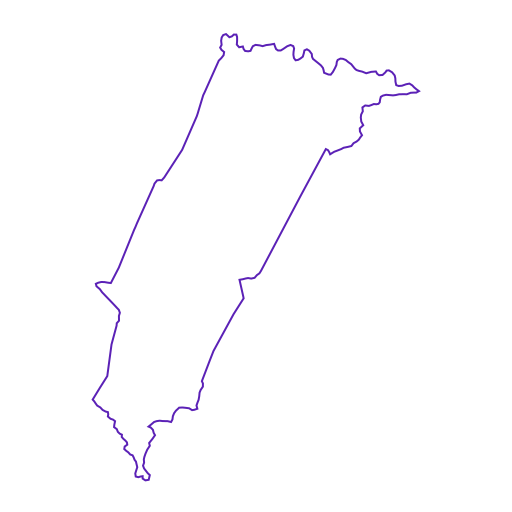 Mirante, Bahia, Brazil (Robinson projection), rotated 89°
{"feature_id": "56859067B82108406212507", "entity_name": "Mirante", "entity_type": "district", "adm_level": 2, "iso_a3": "BRA", "parent_name": "Brazil", "parent_adm1": "Bahia", "projection": "robinson", "projection_center": [-40.763, -14.123], "detail": "fine", "context": "isolated", "style": "outline", "palette": "violet", "viewbox_px": 512, "rotation_deg": 89, "n_neighbors": 0, "source": "geoboundaries", "source_scale": "gbopen_adm2", "svg_char_len": 3556}
<svg xmlns="http://www.w3.org/2000/svg" viewBox="0 0 512 512"><g transform="rotate(89 256 256)"><path d="M477.9,367.2L473.2,366.0L471.3,368.0L469.3,369.5L466.5,371.6L463.7,372.6L460.7,371.5L457.3,371.7L454.9,371.1L451.6,369.9L447.7,368.1L443.9,365.5L441.1,366.1L439.3,364.6L437.0,362.7L433.4,360.1L431.0,361.4L428.0,362.1L425.7,364.2L424.7,366.4L422.5,363.6L420.2,360.8L419.4,358.3L419.0,355.2L419.4,352.3L419.6,347.2L420.5,343.8L418.0,342.4L414.7,341.9L411.7,340.6L409.2,338.7L407.8,337.1L406.3,335.5L406.2,332.1L406.6,328.8L407.1,325.5L409.0,322.6L408.7,320.4L407.7,317.3L404.4,318.1L401.4,317.0L398.8,315.9L395.2,315.2L391.6,314.8L389.0,313.7L385.7,311.4L382.5,311.3L380.2,312.3L359.8,304.1L356.9,302.9L350.3,300.2L313.7,279.4L298.1,269.1L296.0,269.5L279.5,272.9L279.0,269.6L278.3,266.7L277.9,264.3L278.5,261.2L277.8,257.8L275.1,255.4L273.4,252.9L271.0,251.3L197.1,210.6L150.3,184.3L151.5,182.1L153.4,181.0L155.6,180.1L154.2,177.8L153.1,175.9L152.3,173.6L151.4,171.2L150.6,169.0L149.3,166.5L148.5,162.2L147.7,158.7L144.9,156.5L143.3,153.4L141.5,151.2L139.4,149.8L137.1,147.9L133.3,149.9L130.2,150.0L127.1,146.5L123.4,148.4L119.4,148.8L116.4,148.4L113.2,146.7L109.3,147.0L107.4,144.2L107.9,140.5L107.2,138.3L106.1,135.5L106.4,133.1L106.0,130.9L104.5,129.6L101.8,129.2L99.0,128.4L97.8,126.2L97.1,123.1L97.4,120.1L97.8,116.2L97.5,113.4L96.8,110.1L96.8,106.6L96.9,102.3L95.5,98.5L95.4,95.7L95.4,92.9L94.0,90.2L92.2,92.6L90.2,94.9L88.1,96.8L86.3,99.6L86.9,102.9L88.3,107.1L88.5,110.4L87.6,112.8L84.2,113.5L80.7,113.6L77.9,114.2L74.7,116.7L72.7,119.9L72.9,122.2L74.6,123.4L77.2,126.3L77.4,129.7L76.0,131.6L73.6,132.9L73.9,137.6L75.2,142.6L73.5,146.6L72.7,149.8L71.8,152.3L70.3,154.0L68.5,155.4L65.9,157.4L63.7,160.4L61.6,162.8L60.4,165.6L60.1,168.1L61.4,170.9L63.3,171.8L66.5,172.3L69.2,173.6L71.0,174.6L73.3,175.9L76.0,178.1L75.8,180.4L74.0,184.7L71.3,185.2L69.1,185.8L66.6,187.7L64.5,190.1L61.6,193.6L59.9,195.6L57.8,196.5L55.0,196.7L51.7,199.1L50.2,201.5L51.3,204.0L54.3,204.7L57.5,205.7L59.3,208.1L60.6,210.4L61.0,213.0L58.7,214.6L55.5,215.1L52.7,214.9L49.2,214.3L46.8,215.1L45.6,217.8L46.8,221.1L49.5,225.2L50.9,227.6L50.9,230.4L49.5,232.3L47.2,233.2L44.2,234.2L44.9,238.2L45.3,242.2L46.3,245.7L45.5,248.5L44.9,252.8L46.2,255.5L48.5,256.8L50.8,257.9L51.2,260.2L50.8,263.3L48.8,264.8L46.3,265.5L47.0,269.2L44.3,271.5L41.4,271.2L39.2,271.1L36.6,271.1L34.3,271.8L34.2,274.3L36.0,276.3L36.8,278.8L35.2,280.4L33.6,282.1L34.5,284.9L36.9,286.5L40.2,287.1L44.3,286.7L47.0,288.2L49.3,286.9L51.5,284.3L54.7,284.9L57.6,287.3L60.0,289.8L91.2,304.4L94.4,306.0L109.0,310.7L112.2,311.7L115.3,312.8L148.6,328.0L175.9,346.4L178.7,349.0L178.4,351.2L178.7,353.6L181.8,356.2L184.3,357.1L221.1,374.4L225.0,376.1L227.7,377.4L265.3,393.4L280.5,401.6L280.1,404.5L279.4,408.1L279.3,411.3L280.0,414.3L281.0,416.6L283.5,416.0L286.4,412.7L289.6,410.5L300.6,400.3L305.7,395.7L307.4,394.1L310.4,393.1L313.5,394.1L316.0,394.1L318.3,394.1L320.8,396.4L323.2,396.6L341.9,402.0L373.5,406.8L384.6,414.1L396.7,421.8L398.6,420.2L400.5,419.0L402.8,417.4L404.7,414.3L407.2,412.1L408.9,409.1L409.5,406.8L411.7,406.5L413.9,406.9L416.2,404.3L417.1,401.8L418.7,399.8L422.2,400.6L424.6,400.9L426.7,398.2L429.4,397.2L431.3,395.3L432.3,393.2L434.6,393.4L436.6,391.7L438.2,389.9L440.1,388.3L442.4,388.0L444.2,390.6L446.7,391.1L448.6,389.1L450.0,387.2L452.3,385.2L453.1,382.9L455.3,381.8L457.6,381.0L459.5,379.6L461.5,379.2L465.1,378.4L468.3,379.5L471.3,380.5L474.4,380.1L475.1,377.5L474.5,375.4L474.2,373.2L476.6,373.2L478.4,370.5L477.9,367.2Z" fill="none" stroke="#5b21b6" stroke-width="2"/></g></svg>